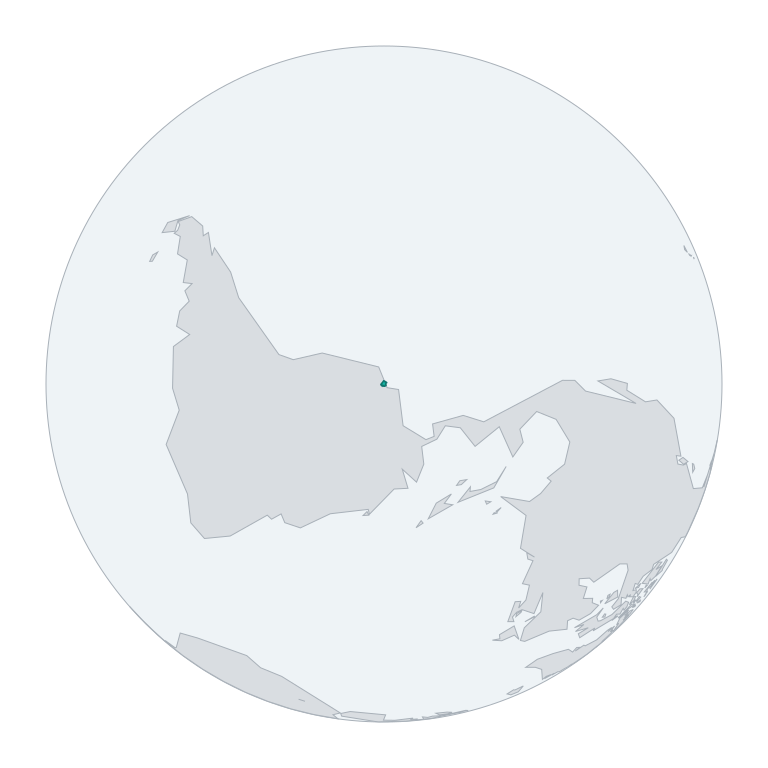 El Oro on an orthographic globe, rotated 135°
{"feature_id": "ECU-1267", "entity_name": "El Oro", "entity_type": "Province", "adm_level": 1, "iso_a3": "ECU", "parent_name": "Ecuador", "parent_adm1": "", "projection": "orthographic", "projection_center": [-79.84, -3.463], "detail": "fine", "context": "on_globe", "style": "filled", "palette": "teal", "viewbox_px": 768, "rotation_deg": 135, "n_neighbors": 0, "source": "natural_earth", "source_scale": "10m", "svg_char_len": 7568}
<svg xmlns="http://www.w3.org/2000/svg" viewBox="0 0 768 768"><g transform="rotate(135 384 384)"><circle cx="384" cy="384" r="338" fill="#eef3f6" stroke="#a8b0b8"/><path d="M231.9,82.2L236.5,80.0L241.9,77.5L240.6,78.0L248.4,74.5L248.6,74.4L249.2,74.1L272.9,64.9L278.9,62.9L282.4,65.3L299.7,61.5L320.9,65.8L325.6,63.3L336.7,64.8L346.2,62.9L347.4,65.3L354.0,61.9L351.1,60.2L353.0,58.4L358.3,57.4L360.8,59.9L358.5,60.7L362.0,61.0L361.0,62.9L364.5,61.4L366.9,65.2L372.5,60.3L381.0,62.4L380.5,65.3L370.1,66.5L343.1,79.7L339.3,84.9L344.4,90.0L375.8,95.5L375.9,101.4L383.7,108.3L388.4,103.8L384.0,97.0L394.7,91.4L388.0,84.9L391.4,82.1L388.7,75.8L400.3,75.6L413.1,79.1L415.9,84.7L421.6,86.8L428.0,81.2L442.0,92.5L466.5,102.5L468.9,106.2L457.2,112.4L434.2,112.0L419.1,124.2L440.3,115.6L445.9,126.8L451.6,128.8L457.9,128.4L460.2,124.1L464.5,128.4L445.2,137.3L441.0,133.6L447.2,130.4L436.4,130.9L423.4,138.9L427.3,144.9L403.6,153.7L406.1,158.5L402.3,163.8L400.0,155.2L403.7,171.3L376.5,190.6L381.1,221.9L364.2,198.0L350.7,195.8L334.5,197.1L335.0,202.1L313.0,199.6L293.6,211.6L287.3,237.3L295.5,256.6L319.9,256.0L326.8,244.4L344.5,241.3L332.7,272.3L363.7,275.5L361.0,299.1L370.2,311.1L385.6,307.6L401.5,313.2L412.5,299.2L430.4,291.6L431.3,310.9L440.8,293.3L451.1,302.6L486.4,302.2L483.8,306.5L513.7,330.2L544.9,341.4L552.2,356.1L548.6,364.9L559.1,367.9L559.3,373.8L600.3,385.3L620.2,401.7L618.8,422.4L600.7,445.2L580.8,495.3L547.3,510.3L536.5,530.5L506.4,559.4L486.4,556.4L489.8,571.5L476.8,580.1L463.2,580.3L458.9,590.7L448.7,590.7L454.2,597.7L435.4,610.8L438.0,622.0L423.7,632.4L425.8,638.9L421.2,638.6L415.9,640.9L414.6,644.4L401.6,638.3L400.5,623.9L407.0,616.6L401.0,615.3L414.9,596.4L407.6,600.2L413.3,571.6L425.7,547.8L437.5,479.1L431.0,465.4L405.8,449.6L375.7,399.8L384.4,379.2L377.6,369.8L400.0,341.0L393.7,315.0L385.6,311.5L377.9,321.4L350.2,305.8L340.2,286.7L255.2,260.4L246.5,251.6L246.5,236.5L219.5,192.0L230.6,234.9L219.8,227.2L211.5,212.3L216.7,207.9L211.7,186.5L202.3,179.7L203.2,154.7L225.1,123.0L227.9,126.7L232.8,119.6L229.7,115.0L226.4,113.8L239.2,91.3L232.3,85.5L219.3,91.1L230.7,85.0L198.7,102.1L188.1,108.7L206.8,97.0L213.9,92.8L210.0,94.4L216.4,90.6L217.1,90.1L231.9,82.2ZM74.0,269.9L76.4,262.5L76.4,266.4L74.0,269.9ZM76.9,258.7L76.3,261.0L76.6,259.2L76.9,258.7ZM76.6,257.8L76.8,258.4L76.2,258.5L76.6,257.8ZM75.7,257.5L76.3,257.3L76.1,257.7L75.7,257.5ZM379.8,232.9L415.3,248.0L395.6,250.2L399.2,247.2L390.1,240.9L373.4,235.3L355.9,239.3L379.8,232.9ZM75.6,254.9L75.6,254.0L76.4,253.0L75.6,254.9ZM394.7,214.8L388.5,213.8L394.5,213.5L394.7,214.8ZM223.9,114.2L228.9,115.4L229.4,121.6L224.5,120.7L223.9,114.2ZM224.0,104.5L228.1,103.3L222.2,109.7L221.7,108.3L224.0,104.5ZM208.6,96.8L211.5,95.9L206.5,98.2L208.6,96.8ZM382.6,76.6L385.6,76.2L384.5,77.5L382.6,76.6ZM378.5,74.4L375.1,76.2L372.7,75.5L374.8,74.4L378.5,74.4ZM383.3,72.5L368.8,74.1L364.7,73.0L369.4,68.1L383.3,72.5ZM347.8,60.2L351.2,61.9L343.4,61.5L347.8,60.2ZM342.4,60.5L315.8,63.9L313.5,61.6L322.9,60.5L315.9,59.0L327.9,56.1L334.4,56.3L333.5,58.2L338.7,55.8L342.4,60.5ZM353.1,57.7L348.0,58.2L345.6,56.2L355.5,54.7L353.1,55.8L353.1,57.7ZM308.2,60.4L308.2,59.0L317.9,56.2L319.2,55.4L328.0,55.9L308.2,60.4ZM356.4,55.8L360.6,54.1L366.6,54.4L358.0,57.1L356.4,55.8ZM340.8,56.4L340.2,55.5L343.8,55.4L340.8,56.4ZM390.2,55.7L384.1,55.7L382.4,54.5L390.2,55.7ZM361.8,53.6L359.7,53.5L358.3,53.2L362.3,52.3L361.8,53.6ZM334.2,54.2L338.2,53.5L331.1,53.7L338.0,52.2L342.6,53.0L343.6,52.0L345.7,51.6L347.0,52.9L334.2,54.2ZM362.2,50.8L370.4,52.3L382.1,52.1L384.0,53.0L364.7,53.2L362.2,50.8ZM353.2,51.8L359.2,51.3L358.5,52.3L353.9,53.3L353.2,51.8ZM341.1,51.0L329.3,53.1L328.7,53.0L341.1,51.0ZM365.7,50.4L363.7,50.1L366.6,50.3L365.7,50.4ZM348.8,50.4L344.7,51.0L344.2,50.8L348.8,50.4ZM363.0,49.3L365.6,49.6L362.7,50.2L363.0,49.3ZM356.6,49.6L356.8,49.1L360.0,50.2L354.9,49.9L356.6,49.6ZM349.0,50.1L347.3,50.1L350.8,49.8L349.0,50.1ZM372.8,47.6L377.5,48.8L370.9,49.7L367.2,48.3L372.8,47.6ZM422.7,651.1L402.4,640.5L414.1,645.3L423.9,639.9L433.8,647.9L422.7,651.1ZM450.7,637.3L461.0,634.6L463.0,636.4L456.3,638.8L450.7,637.3ZM626.9,149.1L629.0,151.8L648.8,179.1L647.6,181.6L639.5,176.3L616.8,148.9L622.1,146.7L614.1,138.5L599.7,127.2L602.6,128.1L597.4,123.7L598.1,123.1L586.0,113.1L585.7,112.9L607.0,130.2L626.9,149.1ZM721.2,406.5L721.8,390.1L721.4,365.8L720.6,355.4L720.1,357.4L718.2,345.1L717.1,344.6L704.2,352.0L695.4,336.2L673.1,289.0L671.9,270.6L663.1,249.6L647.5,182.3L653.9,186.2L653.3,179.9L667.2,199.7L679.7,220.4L690.6,241.9L700.0,264.2L707.7,287.1L713.8,310.4L718.2,334.2L720.9,358.2L721.9,382.3L721.2,406.5ZM664.2,215.5L667.3,221.5L664.2,215.5ZM487.5,302.0L491.8,305.8L486.2,305.8L487.5,302.0ZM393.1,257.9L400.5,258.2L404.4,261.0L398.8,262.0L393.1,257.9ZM454.7,258.0L463.0,259.7L454.4,261.1L454.7,258.0ZM420.8,250.0L448.0,257.4L431.3,262.8L414.1,258.6L425.8,256.9L420.8,250.0ZM391.7,225.2L396.4,226.4L395.1,229.7L391.7,225.2ZM399.0,214.8L397.2,215.1L394.8,212.5L399.0,214.8ZM447.1,126.2L448.7,125.6L455.3,126.2L452.5,127.9L447.1,126.2ZM482.3,119.2L488.5,126.2L482.2,121.9L479.6,125.1L463.0,120.9L469.2,108.0L469.4,114.2L482.3,119.2ZM442.7,113.1L452.5,116.3L441.5,113.4L442.7,113.1ZM568.0,103.7L572.5,106.0L578.6,110.7L580.1,114.5L571.4,107.4L568.0,103.7ZM577.5,108.4L557.0,95.5L555.3,93.6L559.7,96.7L560.6,96.6L568.0,101.8L586.4,113.7L592.9,118.9L592.2,121.4L588.8,117.3L584.6,114.9L577.5,108.4ZM507.9,75.1L499.0,72.0L506.7,71.4L514.1,74.5L516.1,77.8L508.5,76.1L507.9,75.1ZM394.5,64.7L390.5,65.4L389.9,64.4L392.6,63.1L394.5,64.7ZM387.5,55.8L410.7,61.6L407.5,62.4L425.0,66.2L423.2,70.0L411.9,67.2L423.6,73.6L412.7,72.6L421.6,77.0L396.6,70.4L387.3,70.6L398.4,68.7L400.3,65.0L398.3,63.5L385.8,59.8L366.6,59.5L365.4,56.7L369.7,54.8L374.2,54.4L373.5,56.2L379.9,54.5L382.3,56.8L387.5,55.8ZM431.5,49.4L433.8,49.9L435.2,50.1L441.2,51.2L450.8,53.2L450.4,53.4L454.3,54.1L458.3,55.3L463.6,56.6L464.7,57.7L471.2,59.5L468.1,59.1L479.0,62.2L471.4,60.5L475.9,62.5L480.9,63.1L474.3,70.7L477.4,76.8L484.1,83.4L470.2,80.9L455.0,73.8L441.2,66.0L440.2,61.1L434.0,61.4L431.8,59.4L437.6,59.9L427.3,58.0L426.9,56.6L414.6,52.7L400.0,51.8L395.1,50.8L400.7,50.5L392.0,49.8L399.2,48.8L395.9,48.3L399.7,47.3L412.3,47.8L407.7,47.3L410.3,47.2L420.7,48.1L418.0,48.0L430.4,49.3L431.5,49.4ZM374.3,47.2L388.9,46.7L397.4,47.0L387.2,48.8L389.2,49.4L383.0,51.6L370.7,51.3L373.7,50.6L373.6,50.0L377.5,50.3L374.4,49.5L378.3,48.8L376.9,48.1L382.0,48.0L374.3,47.2Z" fill="#d9dde1" stroke="#a8b0b8" stroke-width="1"/><path d="M382.1,386.5L382.1,386.4L381.9,386.3L381.9,386.2L381.8,385.8L381.7,385.7L381.8,385.6L381.7,385.4L381.7,385.2L381.8,385.1L381.8,384.9L381.7,384.8L381.7,384.7L381.6,384.4L381.6,384.2L381.4,384.0L381.5,383.9L381.4,383.7L381.2,383.7L381.1,383.4L381.2,383.2L381.3,383.2L381.2,383.3L381.2,383.5L381.3,383.4L381.3,383.2L381.5,383.3L382.0,383.2L382.3,383.2L382.6,382.6L382.8,382.5L382.8,382.9L383.0,382.8L383.0,382.7L383.3,382.4L383.4,382.2L383.5,381.9L383.5,381.7L384.2,381.6L384.5,381.7L385.2,382.0L385.4,382.2L385.4,382.3L385.5,382.4L385.4,382.5L385.3,382.8L385.2,383.0L385.3,383.2L385.7,383.1L385.9,383.1L386.0,383.1L386.3,383.2L386.2,383.5L386.3,383.7L386.3,383.8L386.5,383.9L386.4,384.0L386.2,384.2L386.2,384.3L386.2,384.5L386.1,384.8L386.1,385.0L386.3,384.9L386.4,384.7L386.5,384.8L386.7,385.0L386.8,385.0L386.8,385.3L386.7,385.4L386.6,385.5L386.6,385.8L386.4,386.0L386.2,386.0L386.0,385.9L385.7,386.0L385.6,385.9L385.4,385.8L385.4,385.7L385.2,385.8L384.9,385.9L384.8,386.1L384.7,386.2L384.2,386.2L383.9,386.1L383.4,386.2L383.0,386.4L382.6,386.4L382.2,386.5L382.1,386.5Z" fill="#14b8a6" stroke="#0f766e" stroke-width="1.5"/></g></svg>